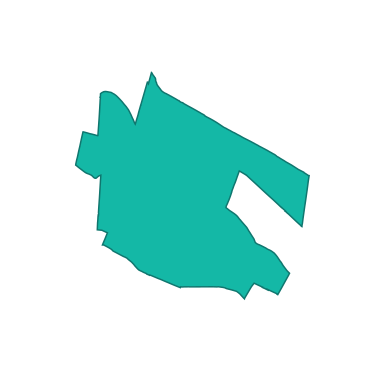 the district of Oudewater, Utrecht, Netherlands, rotated 233°
{"feature_id": "6326949B94693963978568", "entity_name": "Oudewater", "entity_type": "district", "adm_level": 2, "iso_a3": "NLD", "parent_name": "Netherlands", "parent_adm1": "Utrecht", "projection": "natural_earth1", "projection_center": [4.869, 52.025], "detail": "fine", "context": "isolated", "style": "filled", "palette": "teal", "viewbox_px": 384, "rotation_deg": 233, "n_neighbors": 0, "source": "geoboundaries", "source_scale": "gbopen_adm2", "svg_char_len": 5869}
<svg xmlns="http://www.w3.org/2000/svg" viewBox="0 0 384 384"><g transform="rotate(233 192 192)"><path d="M311.8,231.5L311.1,230.6L304.7,222.4L305.3,222.5L306.0,222.7L306.7,222.8L307.0,223.0L295.5,207.7L292.8,204.1L292.4,203.5L292.1,203.4L292.1,203.1L287.6,197.2L287.2,196.7L286.2,195.5L285.7,194.8L285.3,194.3L283.3,191.5L280.3,187.5L280.8,187.5L281.8,187.7L285.2,188.6L286.9,188.9L290.2,189.7L291.2,189.9L295.1,190.6L295.9,190.7L299.2,190.8L299.9,190.8L303.1,190.6L306.3,190.5L309.3,190.2L311.8,189.9L314.4,189.5L315.2,189.3L316.5,188.9L316.9,188.8L317.9,188.3L320.1,187.4L320.7,186.9L321.2,186.4L323.5,184.3L324.5,183.2L324.7,182.8L325.1,182.1L325.3,181.5L325.4,180.9L325.6,179.8L325.6,179.0L325.6,178.1L324.5,177.2L324.0,176.9L323.0,175.6L322.8,175.8L322.4,175.5L321.6,174.9L321.3,174.5L317.6,171.4L309.7,164.7L309.2,164.3L309.1,164.2L308.9,164.0L308.4,163.6L305.5,161.1L301.6,157.7L293.7,150.8L293.8,150.6L293.9,150.4L294.0,150.3L295.8,149.0L298.7,146.7L299.8,145.7L301.7,144.3L304.3,142.3L305.6,141.2L305.1,140.5L300.7,135.3L297.9,132.1L295.9,129.8L292.9,126.2L289.7,122.5L288.5,121.1L287.1,119.3L284.4,116.2L283.5,115.3L282.5,115.6L279.9,116.2L272.8,118.2L271.6,118.6L270.7,119.0L270.0,119.4L268.6,120.3L268.0,120.7L267.0,121.2L266.5,121.5L265.5,121.8L265.0,122.0L264.6,122.0L263.1,122.2L262.8,122.2L262.3,122.4L261.6,122.7L261.3,122.9L261.0,123.3L260.9,123.5L260.8,123.8L260.7,124.2L260.8,124.6L260.9,126.0L260.9,126.4L260.9,126.8L260.8,127.6L260.3,129.3L258.5,127.8L256.7,126.2L254.8,124.6L243.2,114.7L234.9,107.5L231.7,104.8L231.3,104.6L230.9,104.4L229.6,103.2L229.9,103.1L229.1,102.3L227.8,101.2L226.6,100.2L224.8,98.6L224.4,98.2L218.8,93.6L215.7,97.0L210.3,99.9L208.2,96.4L207.0,94.4L205.5,91.8L203.6,88.6L202.8,89.6L202.2,89.9L200.7,90.6L200.3,90.8L199.0,91.4L197.2,92.2L195.4,92.9L193.8,93.3L192.5,93.4L192.0,93.6L190.1,94.5L189.3,94.9L188.0,95.5L182.7,98.0L182.0,98.3L180.3,99.3L178.7,100.1L178.0,100.3L176.6,100.5L174.9,100.9L173.9,101.2L172.2,101.6L171.0,101.7L169.3,101.9L167.4,101.9L165.4,102.1L163.3,102.3L161.7,102.6L161.3,102.8L159.5,103.7L158.5,104.3L157.9,104.5L156.7,105.1L154.5,106.4L154.1,106.5L154.0,106.4L153.8,106.4L152.6,107.1L151.2,107.9L151.4,108.1L150.9,108.5L148.9,109.7L143.9,112.6L142.7,113.3L142.3,113.6L140.3,114.8L136.9,116.7L136.5,117.0L136.2,117.1L134.2,118.3L128.3,121.7L123.5,124.6L122.7,125.1L122.8,125.2L123.0,125.6L123.1,126.0L122.9,126.1L122.8,126.3L122.7,126.4L122.4,126.5L120.8,128.9L118.2,132.4L117.6,133.1L116.9,134.0L109.1,144.5L104.0,151.3L102.5,153.2L101.2,154.8L100.5,156.0L97.0,159.5L95.4,160.8L95.0,161.0L94.6,161.1L94.1,161.4L91.9,163.2L89.9,164.8L86.4,167.4L86.0,167.7L85.8,167.8L83.9,168.4L81.8,168.9L79.4,169.1L77.5,169.3L76.2,169.4L75.1,169.6L75.5,170.1L75.8,170.8L80.6,182.4L81.8,186.7L73.5,191.1L73.4,190.8L71.3,191.9L71.3,192.0L69.8,192.8L69.7,192.7L69.2,193.0L69.4,193.4L68.4,193.9L68.2,193.5L67.6,193.8L67.9,194.4L67.8,194.2L59.2,198.8L59.0,198.4L58.4,198.7L60.8,204.2L61.9,206.7L63.4,210.0L67.5,219.2L68.1,220.3L68.4,221.0L71.2,220.6L72.6,220.5L74.2,220.5L75.8,220.5L78.4,220.5L79.6,220.6L81.2,220.8L82.7,220.9L83.8,220.8L88.6,221.1L90.9,221.1L93.7,220.9L97.0,219.9L98.8,219.1L100.7,218.0L101.2,217.8L102.9,217.2L107.2,215.1L109.3,214.0L110.7,213.1L111.6,212.7L113.3,212.2L113.5,212.2L113.8,212.2L117.2,213.2L118.5,213.3L122.6,213.6L124.6,213.8L126.4,213.9L128.2,214.1L130.7,214.4L136.3,214.0L139.1,213.8L140.4,213.8L141.7,213.6L143.7,213.6L145.0,213.6L146.7,213.4L149.0,212.8L150.5,212.3L152.0,211.8L154.5,210.9L157.3,210.2L159.0,209.7L158.9,209.7L159.0,209.7L159.1,209.9L159.5,210.2L160.2,210.9L161.2,212.9L161.3,213.0L161.5,213.4L161.9,214.1L162.3,214.7L163.3,216.5L165.5,220.0L167.5,222.9L168.2,223.9L168.3,223.9L169.0,224.8L169.9,226.2L170.3,226.9L170.8,227.6L171.1,228.1L171.6,228.8L172.7,230.6L173.1,231.3L173.6,232.2L175.5,235.1L176.6,236.7L179.6,241.3L180.3,242.2L180.4,242.4L178.3,243.3L174.6,244.8L173.6,245.3L173.0,245.5L173.0,245.4L172.5,245.6L163.2,247.3L155.5,248.7L147.6,250.1L141.7,251.2L137.3,252.1L129.8,253.4L126.7,253.9L126.7,254.0L125.3,254.2L125.3,254.3L121.8,255.0L120.5,255.2L120.5,254.9L120.3,255.0L117.9,255.4L117.3,255.5L117.0,255.6L116.9,255.7L105.5,257.6L101.3,258.4L99.9,258.7L99.0,258.7L98.5,258.8L98.2,259.0L99.2,259.8L100.5,261.3L104.2,264.9L107.1,267.8L112.7,273.4L116.4,277.2L121.4,282.2L126.5,287.3L130.8,291.5L134.6,295.4L134.9,295.1L135.1,294.9L137.7,294.0L140.1,293.1L140.5,293.2L141.1,292.9L145.2,290.9L146.4,290.3L146.6,290.3L153.4,287.8L157.6,286.0L159.1,285.3L162.1,284.2L162.8,283.9L164.5,283.2L166.0,282.6L167.7,282.0L168.9,281.4L169.0,281.3L170.2,281.1L171.7,280.7L172.3,280.5L174.1,279.6L174.5,279.5L175.1,279.2L175.9,278.9L176.5,278.6L177.6,278.1L179.3,277.4L185.8,274.4L188.3,273.2L189.6,272.7L191.7,271.7L197.4,269.1L204.5,265.6L208.5,263.9L209.9,263.2L211.2,262.6L212.4,262.1L213.9,261.4L215.1,260.7L218.1,259.4L220.8,258.1L221.9,257.7L224.6,256.3L225.5,256.0L230.2,254.4L232.7,253.5L236.2,252.1L239.6,250.6L243.1,248.9L244.6,248.3L244.6,248.2L244.9,248.1L245.0,248.2L245.3,248.2L246.0,248.1L247.2,247.6L247.7,247.4L249.1,246.7L251.2,245.9L253.3,244.9L253.5,244.9L259.6,242.2L263.3,240.5L265.6,239.5L267.1,238.8L267.5,238.7L268.9,238.3L269.0,238.2L270.1,237.4L270.5,237.1L270.8,237.0L271.2,236.9L271.4,236.8L272.5,236.6L272.8,236.6L273.0,236.3L273.2,236.2L276.4,234.9L280.5,233.1L280.9,233.0L281.3,232.7L282.7,232.1L283.3,231.9L284.4,231.3L284.9,231.1L285.3,230.9L285.6,230.8L286.2,230.5L286.9,230.1L287.2,229.9L287.6,229.7L288.4,229.4L289.9,228.9L290.2,228.8L291.3,228.6L292.2,228.6L295.4,228.6L296.9,228.6L297.6,228.6L298.6,228.7L298.9,228.7L299.3,228.8L300.6,229.4L301.2,229.5L302.0,229.7L302.3,229.8L302.6,229.9L303.4,230.4L303.8,230.7L304.1,230.9L304.4,231.0L305.1,231.2L305.6,231.3L306.1,231.2L306.8,231.3L309.2,231.3L309.7,231.3L309.9,231.4L311.2,231.6L311.4,231.6L311.8,231.5Z" fill="#14b8a6" stroke="#0f766e" stroke-width="1.5"/></g></svg>